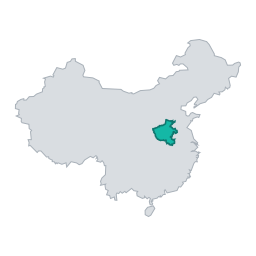 China, with Henan highlighted
{"feature_id": "CHN-1812", "entity_name": "Henan", "entity_type": "Province", "adm_level": 1, "iso_a3": "CHN", "parent_name": "China", "parent_adm1": "", "projection": "equal_earth", "projection_center": [114.102, 33.88], "detail": "fine", "context": "in_parent", "style": "filled", "palette": "teal", "viewbox_px": 256, "rotation_deg": 0, "n_neighbors": 0, "source": "natural_earth", "source_scale": "10m", "svg_char_len": 8281}
<svg xmlns="http://www.w3.org/2000/svg" viewBox="0 0 256 256"><path d="M142.4,198.4L137.1,195.8L136.7,192.9L137.7,191.4L133.9,190.7L131.6,188.4L126.1,192.7L124.8,191.4L122.2,193.2L120.2,191.6L118.7,193.6L117.0,193.0L116.2,194.3L116.9,200.3L114.9,200.1L114.3,197.0L110.5,198.5L109.7,195.5L106.6,194.8L108.2,190.5L105.6,189.2L105.0,185.3L105.7,184.1L100.5,185.3L101.2,183.6L100.5,181.4L101.9,178.0L105.4,174.7L105.8,165.6L104.4,165.7L103.7,162.6L102.1,160.7L100.7,162.2L96.6,161.1L97.9,159.3L97.4,157.7L96.2,158.4L97.1,156.7L95.9,155.6L93.2,157.8L90.3,156.4L84.6,160.0L82.0,163.6L79.2,164.7L76.5,162.9L71.1,161.7L66.7,167.0L66.0,162.8L61.9,164.3L58.0,162.8L57.1,163.7L56.1,162.7L55.4,163.8L54.3,161.8L52.2,161.6L52.4,160.2L48.9,158.5L48.6,156.8L46.5,157.0L41.0,151.0L38.6,150.9L37.2,152.5L30.2,145.4L28.7,145.9L29.1,142.5L28.1,139.6L31.3,139.6L30.5,131.8L31.6,130.4L29.2,128.6L28.9,124.3L22.0,122.7L21.2,121.4L21.4,118.4L16.2,116.0L19.3,114.7L18.6,113.6L19.1,109.6L15.4,108.6L15.5,104.4L16.7,103.8L17.4,101.5L21.0,99.4L23.8,98.7L23.9,100.2L26.4,100.0L29.2,96.7L33.7,96.5L36.5,94.1L42.4,91.8L42.6,88.8L44.2,87.8L43.8,87.0L45.3,86.4L44.6,81.9L45.5,79.0L43.5,78.2L50.5,76.1L53.3,77.1L53.9,75.7L52.9,74.9L56.8,67.6L62.8,69.2L65.5,68.1L67.2,62.4L70.4,61.4L72.0,58.9L75.3,58.6L75.4,61.3L83.1,65.3L84.9,70.4L82.9,75.2L83.5,76.8L92.9,77.9L99.2,81.1L99.0,82.2L102.3,88.5L121.0,89.4L123.4,91.2L129.0,93.2L131.9,92.6L131.9,93.6L133.7,93.9L140.4,90.6L149.9,89.9L153.8,88.3L156.1,85.5L159.5,83.8L157.6,80.7L159.5,77.4L165.6,78.9L169.1,75.9L173.1,75.5L176.2,71.7L179.0,71.3L179.4,70.3L188.0,69.9L187.4,67.7L183.0,63.9L180.4,63.9L178.9,65.4L176.8,64.4L173.8,65.3L172.5,63.2L176.4,55.6L180.6,57.0L185.4,54.6L185.0,53.1L187.9,47.8L190.2,45.7L189.8,43.7L187.7,43.0L190.7,40.6L199.5,39.5L206.6,41.6L209.2,44.6L214.3,53.9L214.3,55.7L221.3,57.6L225.2,59.9L227.4,65.2L232.6,65.1L234.7,63.4L238.6,62.1L240.0,62.7L240.6,65.1L238.8,67.0L238.3,71.9L236.1,77.1L231.5,76.2L228.6,78.4L230.2,85.4L229.7,87.6L227.4,88.5L227.9,89.4L225.4,87.2L224.9,89.8L222.2,91.8L218.9,92.0L220.0,93.9L219.5,94.9L214.1,93.3L211.6,97.3L207.7,99.5L205.5,102.1L200.2,103.7L194.1,108.0L193.8,107.0L195.9,106.1L196.4,104.7L194.4,104.8L194.3,104.0L197.9,99.3L196.2,97.0L193.7,97.3L191.2,100.6L187.2,102.9L185.8,105.8L181.3,106.0L180.9,109.5L185.7,111.4L185.9,115.0L187.2,116.0L189.0,115.9L190.8,113.2L192.6,112.5L196.1,114.3L200.0,114.6L198.8,117.5L197.3,116.9L193.0,118.5L192.4,121.0L190.7,120.7L191.1,121.8L186.9,127.6L191.3,130.5L193.7,138.8L197.7,142.8L197.4,143.8L192.5,141.7L190.6,142.6L193.3,142.3L197.8,147.2L194.2,150.7L192.4,150.7L191.5,151.5L195.6,151.1L199.0,153.4L196.7,155.4L198.6,155.4L198.4,157.3L196.5,157.3L197.5,158.3L196.7,159.9L197.3,161.8L195.4,161.6L193.9,163.3L191.2,170.6L189.4,169.8L190.6,172.2L188.9,173.7L187.6,173.4L189.6,174.0L189.6,177.3L187.9,177.0L188.3,178.1L187.1,178.3L185.8,181.4L182.5,182.2L183.4,183.5L180.7,187.0L178.8,186.7L177.0,190.5L167.1,192.9L165.1,189.7L164.3,190.7L165.2,194.5L163.3,194.5L161.2,196.9L160.3,195.8L160.1,197.1L158.6,196.5L157.2,198.1L152.4,199.3L151.3,201.5L152.7,203.8L152.0,205.0L150.1,204.7L149.3,201.6L150.4,198.5L148.9,197.4L147.2,198.8L144.5,196.2L144.6,197.7L142.4,198.4ZM153.3,205.9L154.8,208.5L150.8,215.2L148.5,216.5L145.2,214.7L145.1,210.5L147.6,207.3L153.3,205.9ZM197.9,144.9L196.5,144.6L195.3,143.3L196.3,143.5L197.9,144.9ZM199.7,152.4L198.7,152.7L198.5,152.0L199.7,152.4ZM190.5,176.2L190.0,177.1L190.0,175.9L190.5,176.2ZM151.8,201.2L152.8,200.7L152.7,201.3L151.8,201.2Z" fill="#d9dde1" stroke="#a8b0b8" stroke-width="1"/><path d="M166.5,119.8L166.7,120.0L166.9,119.9L167.0,119.9L167.2,120.1L167.3,120.3L167.6,120.4L167.9,120.5L168.0,120.4L168.2,120.5L168.3,120.5L168.6,120.6L169.2,121.0L169.4,121.0L169.8,120.9L170.1,121.0L170.3,120.9L170.5,121.2L170.6,121.3L170.8,121.4L171.0,121.2L171.1,120.9L171.3,120.8L171.6,120.8L171.8,120.8L172.0,121.3L172.4,121.1L172.6,120.9L172.6,121.3L172.5,121.7L172.4,121.8L172.2,122.0L172.1,122.8L172.3,122.7L172.5,122.6L172.6,122.2L172.9,122.1L173.4,122.0L173.7,121.9L174.1,121.5L174.4,121.6L174.6,121.5L175.0,121.2L175.0,121.3L174.9,121.5L174.8,121.9L174.6,121.8L174.2,122.1L174.3,122.3L174.2,122.4L173.8,122.5L173.7,122.6L173.5,122.9L173.4,123.0L173.2,123.1L172.9,123.1L172.8,123.3L172.4,123.6L172.4,123.9L172.2,124.0L172.2,124.3L171.8,124.6L171.7,124.7L171.4,124.8L171.1,124.8L171.0,125.1L170.9,125.3L170.7,125.7L170.3,125.9L170.4,126.2L170.3,126.4L170.3,126.6L170.2,126.7L170.5,126.8L170.8,126.7L171.6,127.1L171.7,127.3L171.7,127.6L171.8,127.7L172.1,127.6L172.5,127.9L172.6,128.3L172.6,128.5L172.8,128.8L173.4,129.0L173.5,128.9L173.8,128.9L174.0,129.0L174.3,128.9L174.6,128.9L174.7,128.7L174.9,128.8L175.1,128.7L175.1,128.8L175.2,129.0L175.3,129.0L175.3,129.5L175.5,129.8L176.0,130.2L176.2,130.4L176.3,130.5L176.9,130.4L177.0,130.5L177.0,131.0L176.9,131.1L176.9,131.3L177.0,131.5L177.1,131.9L177.3,132.1L177.2,132.4L176.9,132.5L176.5,132.6L176.5,132.9L176.4,133.0L175.4,133.4L175.0,133.0L174.9,132.7L174.7,132.4L174.7,132.0L174.6,131.9L174.4,131.9L174.2,131.9L173.8,131.6L173.5,131.6L173.2,132.0L173.1,132.4L173.1,132.6L173.3,132.6L173.3,133.1L173.2,133.1L173.2,133.4L173.4,134.0L173.2,134.1L172.8,134.2L172.6,134.2L172.5,134.5L172.4,134.5L172.3,134.4L172.2,134.5L172.3,134.7L172.2,134.9L172.2,135.0L172.2,135.3L172.3,135.7L172.3,135.8L172.1,136.0L172.0,136.4L171.9,136.4L171.7,136.5L171.0,136.6L170.8,136.4L170.7,136.4L170.5,136.6L170.5,136.8L170.4,137.1L170.5,137.2L170.6,137.3L171.0,137.4L171.1,137.5L171.4,137.6L171.7,137.8L171.7,138.1L171.6,138.5L171.7,138.8L171.7,139.2L171.9,139.2L172.1,139.3L172.4,139.4L172.7,139.6L172.9,139.9L173.1,140.1L173.3,140.1L173.5,140.2L173.6,139.8L173.6,139.7L173.8,139.8L173.9,139.7L174.0,139.8L174.1,139.6L174.2,139.4L174.4,139.3L174.5,139.3L174.3,139.5L174.3,140.0L174.4,140.6L174.5,141.0L174.6,142.1L174.5,142.8L174.5,143.3L174.3,143.4L173.9,143.3L173.6,143.4L173.2,143.5L172.9,143.9L172.8,144.2L172.5,144.7L172.5,145.0L172.4,145.3L172.1,145.4L171.9,145.2L171.8,144.8L171.8,144.6L171.6,144.3L171.4,144.4L171.2,144.8L170.9,145.0L170.5,144.9L170.3,145.0L170.1,144.9L169.9,144.8L169.7,144.8L169.5,144.5L169.3,144.5L169.2,144.5L169.1,144.2L169.2,143.9L169.2,143.7L168.9,143.5L168.4,143.6L168.2,143.4L168.1,143.2L167.6,143.0L167.4,143.4L167.3,143.5L167.1,143.5L166.9,143.6L166.9,143.1L166.7,143.0L166.4,142.7L166.2,142.4L166.2,142.0L166.1,141.6L166.2,141.3L166.1,140.8L166.2,140.4L166.0,140.1L165.9,140.1L165.7,140.1L165.5,140.3L165.4,140.4L165.3,140.5L165.2,140.7L164.8,140.8L164.4,140.6L164.3,140.4L164.1,140.3L164.0,140.2L163.8,140.1L163.7,140.2L163.6,140.3L163.3,140.0L163.2,140.1L162.5,140.3L162.2,140.4L161.6,140.3L161.3,140.3L161.0,140.3L160.9,140.4L160.6,140.4L160.4,140.5L160.1,140.2L159.8,140.2L159.5,139.9L159.4,139.9L159.2,140.0L159.1,139.8L158.4,139.5L158.2,139.3L158.2,139.2L157.9,139.0L157.5,139.2L157.4,139.1L157.3,138.8L157.3,138.7L156.9,138.3L156.7,137.9L156.3,137.5L156.2,137.5L156.2,137.4L156.2,137.2L156.0,136.8L155.9,136.6L155.8,136.3L155.5,136.1L155.3,135.9L155.3,135.7L155.4,135.1L155.3,134.8L155.4,134.5L155.3,134.0L155.2,133.9L154.9,133.7L154.6,133.5L154.6,133.4L154.6,133.2L154.4,132.9L154.2,132.7L153.9,132.6L153.8,132.4L154.0,132.1L153.9,131.7L153.9,131.3L154.0,131.2L153.9,131.1L153.7,131.0L153.6,130.9L153.4,130.8L153.3,130.7L153.2,130.6L153.2,130.4L153.3,130.4L153.4,130.2L153.0,129.8L152.9,129.7L152.9,129.4L152.9,129.2L152.9,128.7L153.0,128.7L153.2,128.9L153.3,128.8L153.5,128.7L153.6,128.9L153.9,128.8L154.1,128.8L154.3,128.7L154.6,128.5L155.0,128.5L155.2,128.4L155.1,128.2L155.4,128.2L155.6,128.1L155.9,128.0L155.9,127.9L156.0,127.7L156.3,127.8L156.4,127.7L156.5,127.7L156.8,127.6L157.6,127.5L157.7,127.3L157.8,127.2L158.1,126.9L158.1,126.7L158.3,126.7L158.5,126.5L158.7,126.4L158.9,126.3L159.0,126.3L159.5,126.6L159.6,126.2L159.6,125.6L159.8,125.6L160.6,125.7L160.9,125.6L161.2,125.7L161.4,125.7L161.6,125.6L161.7,125.3L161.9,125.2L162.0,125.2L162.1,125.4L162.4,125.6L162.8,125.6L163.0,125.4L163.1,125.2L163.3,125.1L163.7,125.0L163.8,124.8L164.0,124.7L164.3,124.6L164.3,124.4L164.5,124.4L165.0,124.2L165.3,123.8L165.5,123.6L165.4,123.3L165.5,122.9L165.5,122.7L165.6,122.4L165.6,122.2L165.7,121.8L165.8,121.5L165.8,121.2L165.8,120.9L165.9,120.7L166.0,120.0L166.0,119.9L166.3,120.0L166.5,119.8Z" fill="#14b8a6" stroke="#0f766e" stroke-width="1.5"/></svg>